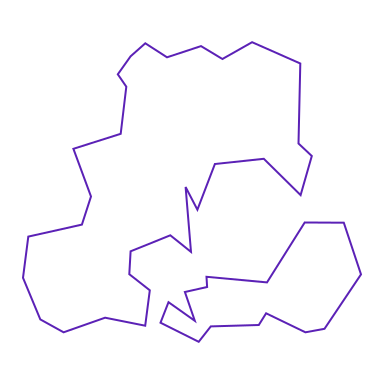 outline of Csongrád
{"feature_id": "HUN-3172", "entity_name": "Csongrád", "entity_type": "County", "adm_level": 1, "iso_a3": "HUN", "parent_name": "Hungary", "parent_adm1": "", "projection": "albers", "projection_center": [20.284, 46.456], "detail": "coarse", "context": "isolated", "style": "outline", "palette": "violet", "viewbox_px": 384, "rotation_deg": 0, "n_neighbors": 0, "source": "natural_earth", "source_scale": "10m", "svg_char_len": 699}
<svg xmlns="http://www.w3.org/2000/svg" viewBox="0 0 384 384"><path d="M63.6,332.3L40.3,319.4L23.0,277.8L28.3,236.6L81.9,224.6L91.0,196.5L73.4,148.8L120.7,133.8L126.3,86.7L117.8,74.3L130.6,56.3L145.3,43.3L167.0,57.3L201.0,46.1L222.4,59.0L252.1,42.2L300.3,63.5L298.5,143.5L311.8,156.0L300.6,195.1L263.8,158.8L214.9,164.0L197.4,209.7L185.6,187.0L191.0,251.9L170.3,235.3L130.6,251.3L129.3,274.2L149.8,290.3L145.2,325.7L105.1,317.7L63.6,332.3ZM361.0,274.4L324.5,328.8L305.4,332.3L266.1,313.3L258.8,325.0L210.8,326.4L198.7,341.8L160.5,322.7L168.5,302.2L194.8,320.8L184.9,292.0L207.1,287.0L206.5,276.8L267.0,282.4L304.7,222.5L343.8,222.7L361.0,274.4Z" fill="none" stroke="#5b21b6" stroke-width="2"/></svg>